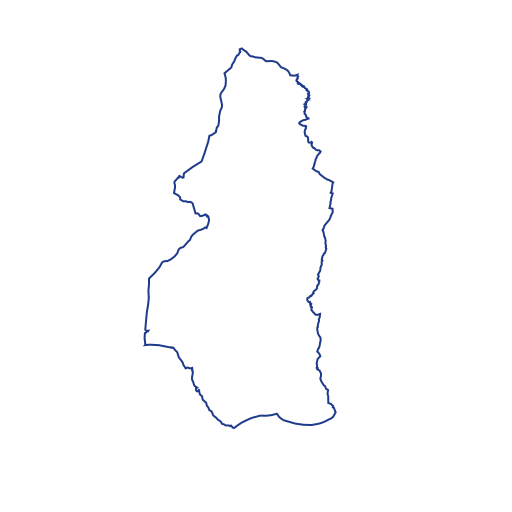 outline of El Piñón, Magdalena, Colombia, rotated 233°
{"feature_id": "7082276B5529453016246", "entity_name": "El Piñón", "entity_type": "district", "adm_level": 2, "iso_a3": "COL", "parent_name": "Colombia", "parent_adm1": "Magdalena", "projection": "robinson", "projection_center": [-74.657, 10.338], "detail": "fine", "context": "isolated", "style": "outline", "palette": "blue", "viewbox_px": 512, "rotation_deg": 233, "n_neighbors": 0, "source": "geoboundaries", "source_scale": "gbopen_adm2", "svg_char_len": 6138}
<svg xmlns="http://www.w3.org/2000/svg" viewBox="0 0 512 512"><g transform="rotate(233 256 256)"><path d="M83.2,225.5L88.1,226.9L88.9,226.3L89.7,227.3L92.8,226.7L95.1,225.3L100.3,229.1L103.0,230.3L105.6,232.9L107.9,232.0L110.2,232.8L112.0,232.4L115.9,232.6L119.3,233.5L121.0,235.6L123.2,237.3L126.3,237.8L127.8,237.1L128.4,237.4L129.0,236.9L129.5,237.8L130.3,237.3L131.6,238.8L133.6,239.7L136.3,242.8L136.8,243.9L137.2,247.0L139.5,247.7L141.4,247.7L142.8,247.4L143.0,247.9L144.4,249.5L144.6,250.8L146.0,252.8L147.9,254.7L149.8,257.0L152.2,258.4L154.5,258.4L156.8,258.9L160.5,260.7L162.0,261.9L162.1,262.7L164.0,264.2L166.3,267.4L167.8,268.2L168.6,269.9L171.2,272.3L172.0,269.7L173.1,268.4L174.0,268.1L175.6,268.1L176.9,267.8L179.7,267.8L181.5,269.9L181.9,269.9L182.4,269.2L183.4,269.8L183.9,270.5L184.4,270.0L185.0,270.3L185.1,271.1L185.5,270.8L186.7,271.4L186.8,270.8L187.8,270.3L190.2,270.5L191.4,271.8L191.3,272.7L190.8,273.6L191.4,274.9L191.1,275.2L190.8,276.1L191.3,276.6L191.2,277.6L191.6,278.5L191.5,279.6L192.5,279.8L193.0,280.8L193.1,284.1L193.5,285.2L195.2,286.7L195.3,287.4L195.7,287.9L195.7,288.9L197.4,290.7L197.4,291.2L198.3,291.8L198.6,291.3L200.5,291.3L201.1,292.0L201.3,292.9L201.7,293.6L202.7,294.2L203.8,294.2L205.7,298.5L207.8,300.4L209.2,302.5L209.4,303.2L211.7,304.8L212.3,306.2L213.0,306.0L213.6,306.4L214.1,307.3L214.7,307.6L215.8,308.9L216.2,310.5L217.1,311.5L216.9,312.8L219.4,316.5L220.3,316.6L220.5,316.9L221.3,317.1L221.5,317.6L222.2,318.2L224.5,319.1L225.6,320.3L227.6,321.5L229.8,322.3L230.1,322.1L235.0,324.5L236.3,324.5L236.4,324.9L237.0,325.3L237.0,326.0L239.2,329.3L240.8,336.3L242.2,339.0L243.0,339.8L244.7,343.5L247.7,345.6L250.0,343.5L253.3,347.4L254.1,347.7L255.7,349.9L256.5,350.3L259.8,354.9L261.5,353.7L262.3,355.3L267.7,360.7L268.4,362.0L273.2,359.8L274.2,358.8L275.2,358.7L276.9,357.8L282.9,356.2L285.4,356.6L287.4,355.2L291.7,353.9L292.5,355.8L294.3,357.9L294.2,358.1L295.3,359.2L296.4,361.0L297.4,361.8L297.8,363.0L299.1,365.0L300.0,368.8L299.9,369.3L300.6,370.5L302.5,370.0L303.4,368.7L305.1,367.7L307.1,367.6L307.9,366.8L308.9,366.7L311.4,367.2L312.8,369.1L313.7,369.0L313.7,368.0L314.0,367.3L315.1,366.4L316.5,366.8L316.9,367.3L319.6,368.9L320.8,368.8L321.6,368.0L322.4,367.9L325.5,369.3L327.0,370.7L328.0,372.8L328.5,372.9L329.3,374.1L329.7,374.1L330.2,373.7L332.0,371.7L335.6,370.2L336.4,370.8L336.5,372.9L335.9,375.8L335.2,377.0L334.2,380.6L334.7,380.6L335.8,380.0L337.3,380.0L338.6,380.7L340.3,380.4L341.1,381.1L342.1,381.3L342.2,382.3L343.0,382.7L343.7,383.7L344.1,384.9L344.4,384.5L344.6,384.9L345.1,384.8L345.0,385.2L345.5,385.0L345.4,385.4L345.9,385.1L346.0,385.7L346.3,385.9L346.2,386.1L346.7,386.6L347.4,386.2L347.5,386.7L347.9,386.5L347.8,387.1L348.6,387.9L348.0,388.0L348.4,388.3L348.2,388.5L349.1,390.2L349.1,391.3L349.5,391.3L349.4,391.0L349.7,390.8L350.2,391.3L349.9,391.7L350.2,391.6L349.9,392.0L350.3,392.3L350.0,392.5L350.0,393.1L350.5,392.7L351.5,393.7L351.7,393.3L352.0,393.8L351.8,393.7L351.6,394.0L352.0,394.8L352.3,394.5L352.9,395.0L353.2,394.9L353.2,395.5L353.8,395.9L354.4,395.6L354.5,396.0L354.2,396.1L354.3,396.5L355.0,396.6L355.6,397.1L357.8,396.1L358.2,396.9L358.6,396.7L358.9,397.0L360.6,396.1L361.8,396.3L362.1,395.9L362.7,396.2L362.9,395.4L363.3,395.2L363.9,395.7L364.5,395.6L364.7,394.8L365.1,394.8L365.1,395.2L366.9,395.1L367.3,394.7L367.3,394.0L367.6,393.7L368.1,394.1L368.3,393.7L368.7,394.1L369.2,393.6L369.8,394.2L371.1,393.7L371.7,393.8L372.0,394.5L372.6,394.8L372.6,396.1L373.6,396.6L373.8,397.4L374.3,397.2L374.7,397.7L375.5,397.7L375.8,398.2L376.8,395.3L379.7,392.1L382.7,392.9L385.5,392.8L388.6,391.5L391.7,389.6L397.6,389.4L400.6,387.5L402.3,385.9L405.3,381.5L405.8,381.1L408.9,380.5L410.8,379.7L415.2,374.9L417.2,373.6L419.0,371.8L420.7,371.4L425.0,371.2L428.5,369.9L430.3,369.6L430.9,367.4L430.0,367.0L429.4,366.3L428.7,366.5L428.4,366.0L427.3,362.9L427.2,362.3L427.6,361.5L426.1,358.2L424.7,356.1L423.2,352.1L421.4,349.7L420.9,340.8L416.4,339.0L413.7,337.1L410.5,334.3L408.6,330.9L407.1,325.9L406.0,324.4L404.7,323.3L397.2,319.9L395.3,318.2L393.4,314.7L389.6,310.4L385.6,307.4L382.7,304.2L382.2,302.0L380.0,299.6L380.1,299.4L379.1,298.6L379.3,293.2L380.1,291.2L376.1,286.7L369.1,276.8L364.5,269.8L364.3,269.1L365.2,259.1L365.4,248.5L365.2,248.0L362.3,245.3L362.8,244.4L366.0,243.0L365.7,241.7L365.1,241.5L365.4,240.4L364.4,235.8L364.0,235.1L361.0,233.7L359.5,232.6L355.6,228.4L350.9,230.5L348.6,230.7L346.8,229.5L344.2,230.5L343.3,231.0L341.7,233.2L340.1,233.9L338.8,236.1L337.1,236.9L335.8,236.9L326.4,233.3L325.3,234.9L323.8,235.4L321.4,235.4L320.3,237.4L319.6,240.7L317.3,240.7L317.6,241.4L316.2,241.7L312.9,240.1L310.5,237.3L308.1,233.3L309.3,232.8L309.5,230.0L310.1,227.8L311.3,224.8L311.1,219.2L310.6,216.4L308.5,212.7L308.5,211.1L307.0,204.0L307.0,203.0L307.9,200.7L307.9,198.8L307.3,197.4L305.5,194.7L304.6,190.4L304.6,185.8L305.3,182.1L306.8,180.0L307.3,178.7L307.3,177.0L305.1,172.1L303.4,164.9L302.4,157.0L297.4,153.2L293.2,149.3L287.1,145.2L281.4,139.9L276.8,135.0L263.9,123.3L263.0,123.2L261.9,123.7L261.1,125.1L260.8,124.5L261.5,123.5L261.0,122.3L261.3,120.9L257.5,117.6L251.7,114.2L251.6,113.8L249.1,117.8L243.2,124.8L234.9,132.2L234.3,133.1L234.2,133.0L233.3,134.0L233.1,133.8L232.4,134.8L229.3,134.8L226.6,135.2L221.6,133.4L215.4,133.4L212.8,132.5L208.6,132.2L208.1,134.3L206.2,135.4L205.2,137.2L203.9,136.6L204.1,137.1L200.9,135.4L197.5,131.8L196.3,130.9L194.9,130.3L193.6,130.2L190.2,128.9L189.0,128.8L186.4,129.8L186.4,128.8L186.1,128.8L185.9,128.0L185.0,127.4L183.7,127.3L183.2,127.6L183.0,128.6L183.4,129.8L183.0,129.8L181.7,128.9L179.1,127.9L176.3,128.5L173.9,127.2L173.0,127.0L169.0,127.9L165.7,126.6L164.0,126.8L160.8,126.0L159.8,126.6L158.4,127.0L155.0,126.0L153.5,126.1L150.7,126.9L148.7,127.0L144.4,128.3L142.6,127.8L140.8,129.1L138.8,129.9L137.5,131.8L136.6,132.6L135.9,132.7L135.6,134.0L132.8,134.2L131.8,135.2L131.8,139.6L131.5,144.6L129.8,153.0L129.0,155.8L126.0,163.2L122.1,168.3L119.8,172.2L117.4,177.8L113.6,177.6L110.1,178.5L108.0,179.4L98.5,186.5L92.6,192.4L87.7,198.5L84.7,204.3L83.2,208.1L82.1,212.5L81.7,215.7L81.1,217.6L81.1,220.7L83.2,225.5Z" fill="none" stroke="#1e3a8a" stroke-width="2"/></g></svg>